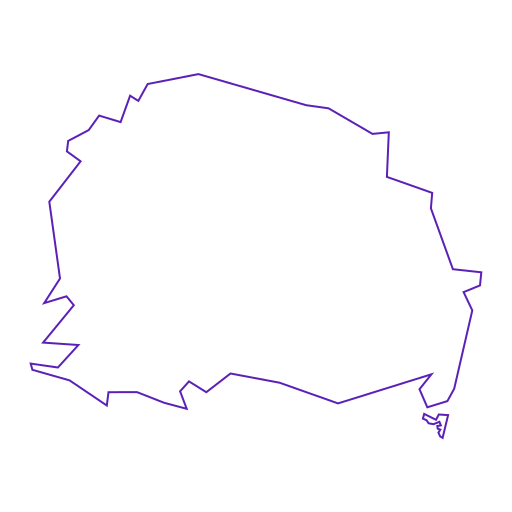 White, Tennessee, United States of America
{"feature_id": "52423323B94676857448045", "entity_name": "White", "entity_type": "district", "adm_level": 2, "iso_a3": "USA", "parent_name": "United States of America", "parent_adm1": "Tennessee", "projection": "robinson", "projection_center": [-85.426, 35.924], "detail": "fine", "context": "isolated", "style": "outline", "palette": "violet", "viewbox_px": 512, "rotation_deg": 0, "n_neighbors": 0, "source": "geoboundaries", "source_scale": "gbopen_adm2", "svg_char_len": 913}
<svg xmlns="http://www.w3.org/2000/svg" viewBox="0 0 512 512"><path d="M106.8,405.5L108.5,392.2L136.9,392.1L164.2,402.8L186.7,408.8L180.1,391.3L189.0,381.4L206.3,392.2L230.5,373.5L279.5,382.7L338.0,403.4L431.4,374.3L419.5,389.2L427.3,407.3L447.4,401.1L454.2,388.7L472.3,310.4L463.6,292.1L480.0,285.4L481.3,272.3L452.9,269.2L430.9,208.3L432.2,192.9L386.9,176.9L388.8,132.3L372.5,133.9L328.5,108.3L306.2,105.2L198.4,74.1L147.7,84.0L138.3,100.9L130.1,95.7L120.6,122.1L99.1,115.6L88.7,130.1L68.2,140.9L66.9,151.4L80.6,161.3L49.3,201.7L60.0,278.5L44.2,303.1L66.5,296.3L73.8,305.2L43.1,342.6L78.4,345.0L57.9,367.5L30.7,363.6L32.4,369.8L69.6,380.4L106.8,405.5ZM424.2,413.9L422.9,418.6L426.5,420.2L428.6,423.3L433.5,424.2L439.4,421.8L440.9,425.4L437.3,426.0L437.7,428.7L440.3,429.6L438.4,432.6L440.1,436.3L442.6,437.9L448.1,415.1L438.8,414.5L436.0,419.8L424.2,413.9Z" fill="none" stroke="#5b21b6" stroke-width="2"/></svg>